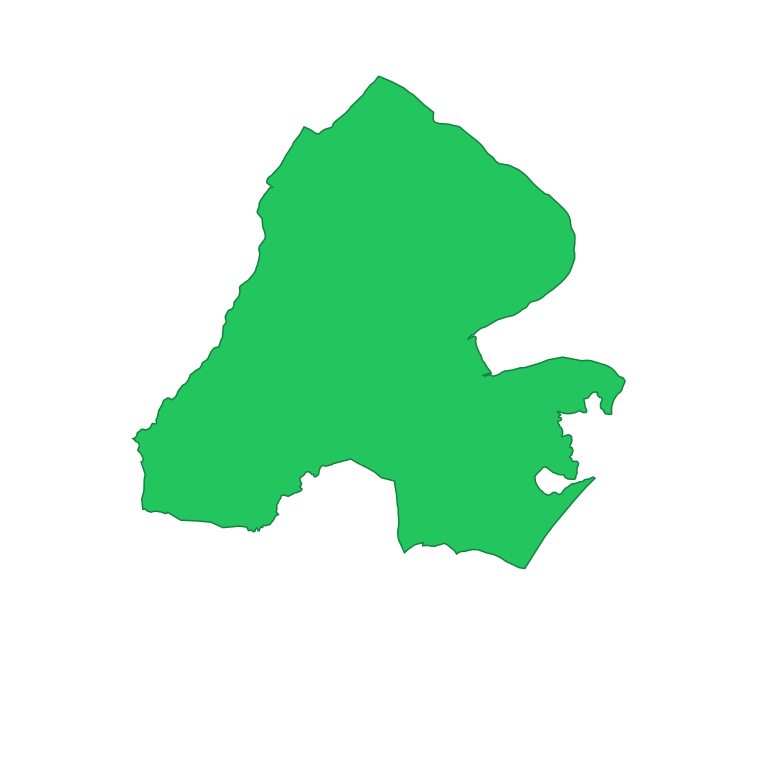 Eratap, Shefa, Vanuatu (Albers equal-area conic projection), rotated 220°
{"feature_id": "77236927B93199120734028", "entity_name": "Eratap", "entity_type": "district", "adm_level": 2, "iso_a3": "VUT", "parent_name": "Vanuatu", "parent_adm1": "Shefa", "projection": "albers", "projection_center": [168.385, -17.773], "detail": "fine", "context": "isolated", "style": "filled", "palette": "green", "viewbox_px": 768, "rotation_deg": 220, "n_neighbors": 0, "source": "geoboundaries", "source_scale": "gbopen_adm2", "svg_char_len": 6159}
<svg xmlns="http://www.w3.org/2000/svg" viewBox="0 0 768 768"><g transform="rotate(220 384 384)"><path d="M259.8,267.9L259.3,272.3L257.1,280.7L252.2,287.5L250.4,284.9L247.2,288.1L243.1,290.5L240.4,292.8L238.8,295.9L237.4,297.4L235.5,300.7L232.0,301.5L222.4,301.6L219.1,300.4L218.3,303.5L217.0,305.4L214.5,307.9L210.1,313.8L205.6,317.4L196.7,320.7L189.8,324.1L183.0,325.9L176.2,326.6L162.3,330.2L157.5,333.2L162.6,370.2L163.4,384.7L163.4,418.0L163.0,434.4L161.8,447.4L164.0,447.2L165.6,443.6L168.8,439.5L169.3,436.8L171.4,434.7L172.5,432.2L176.0,428.0L177.0,423.3L178.0,420.7L178.0,417.1L177.6,414.3L178.7,412.1L180.1,411.4L182.7,411.3L184.0,410.4L185.0,409.3L185.4,406.3L187.1,404.0L191.6,403.2L194.1,403.5L196.1,403.2L201.8,404.8L205.3,406.6L208.9,410.0L209.2,414.2L208.6,418.2L208.6,422.3L207.7,423.8L205.9,424.6L197.1,425.0L196.1,425.7L192.5,426.7L190.8,427.7L188.0,429.9L185.3,428.9L182.0,429.5L177.1,433.2L176.6,434.0L176.7,435.1L178.0,437.0L178.8,439.8L181.7,442.8L182.7,445.9L184.0,448.2L185.4,448.7L186.7,448.7L189.7,446.0L190.8,446.1L191.8,447.1L192.9,447.4L194.9,447.3L195.1,447.7L194.6,450.1L196.2,454.1L197.6,455.4L199.2,456.0L200.0,455.9L200.5,455.0L201.1,455.0L202.4,457.2L202.4,459.3L203.3,460.3L203.7,461.6L205.2,462.7L206.1,464.0L207.0,464.4L209.9,464.0L213.7,458.3L214.5,458.2L215.2,460.8L217.5,463.2L219.7,464.3L221.9,464.4L223.7,465.6L225.3,465.9L226.7,466.7L226.2,468.1L225.1,469.7L225.4,471.1L226.1,471.7L227.2,471.7L228.2,471.0L229.2,470.8L229.4,472.1L228.8,473.5L229.0,474.1L232.7,473.9L233.3,474.1L232.9,475.2L229.2,476.3L225.4,478.3L222.0,481.3L218.9,485.4L217.5,488.7L215.9,489.5L213.3,490.0L211.0,491.9L211.0,493.1L211.5,493.9L216.2,496.4L217.8,498.2L221.3,500.8L218.8,504.5L218.9,510.6L218.2,512.4L216.6,514.0L214.6,514.6L214.0,513.0L212.1,512.4L210.3,512.3L208.9,513.1L207.5,513.0L206.7,511.7L205.6,508.2L203.2,505.4L202.0,504.8L198.9,505.1L197.3,503.8L195.2,503.5L191.6,505.7L190.5,506.9L190.6,507.8L192.9,510.2L195.4,513.6L197.9,519.9L198.6,526.0L197.8,529.8L197.9,531.9L199.3,535.3L200.7,540.3L201.6,541.5L205.3,542.4L208.0,541.0L209.5,540.9L215.9,542.2L220.6,542.3L225.6,541.2L240.2,535.0L243.8,532.6L247.5,528.9L263.6,519.9L264.7,519.1L273.9,507.8L277.9,500.3L286.2,487.8L288.1,485.5L289.6,484.6L294.6,477.2L299.9,471.4L301.3,468.5L302.1,465.4L304.9,460.7L305.6,460.0L308.8,459.5L311.5,455.1L313.5,454.5L310.2,459.8L309.2,460.7L309.0,461.4L309.5,461.7L315.7,463.1L321.3,465.1L323.4,465.1L327.4,467.8L332.9,470.1L338.0,472.8L341.4,475.8L342.8,478.3L343.7,478.9L345.0,479.0L346.0,478.3L348.4,472.8L348.7,474.1L348.5,477.0L347.1,480.0L346.5,485.2L345.4,489.3L343.0,493.1L338.3,506.1L333.0,514.6L329.7,518.6L328.0,522.0L326.4,527.1L326.0,530.0L324.3,533.7L324.6,540.6L319.9,547.5L318.4,551.9L317.3,558.2L315.3,565.7L313.6,575.6L313.2,581.9L313.5,588.1L315.1,593.8L318.5,602.5L321.7,606.4L324.9,609.0L327.4,613.2L332.1,619.2L334.1,621.2L341.3,624.2L346.8,629.3L349.4,631.0L353.3,632.7L359.0,633.7L379.5,634.9L381.9,633.4L382.9,633.2L391.9,633.1L399.5,633.6L407.9,634.9L412.3,635.0L418.3,634.7L428.9,631.9L437.4,626.9L439.2,626.6L441.2,626.5L445.8,627.5L452.8,627.3L462.6,629.6L468.3,630.0L483.2,629.5L491.1,629.6L493.5,628.7L496.9,626.7L500.8,625.0L509.5,618.8L513.5,617.1L515.4,617.7L517.1,619.1L520.7,624.0L533.0,623.6L546.6,624.4L553.0,623.6L559.3,623.5L572.1,620.6L584.7,616.8L586.1,615.9L585.6,609.4L586.7,604.4L586.5,596.2L585.8,592.5L587.6,574.5L587.2,573.3L587.6,566.5L590.2,553.1L590.2,551.0L589.2,548.6L589.2,546.9L593.0,541.1L594.1,537.7L594.7,533.5L597.4,532.1L603.6,531.5L610.5,529.6L608.8,521.1L608.5,510.4L607.5,508.1L606.2,497.0L603.7,484.2L604.3,471.6L605.1,468.4L605.2,466.4L603.2,462.8L595.9,463.0L597.7,460.6L597.2,454.4L597.5,451.7L596.9,450.9L596.8,447.1L596.2,443.5L595.3,441.5L593.7,439.4L592.0,434.6L591.0,433.7L583.7,432.3L577.6,426.2L573.1,423.7L570.2,421.3L569.1,419.8L568.4,417.2L568.1,410.5L567.7,408.8L566.8,407.2L565.3,405.7L564.0,405.1L562.1,402.8L557.5,394.2L557.3,392.7L555.2,388.0L554.7,384.4L554.7,376.7L557.1,366.8L556.6,364.9L554.1,362.6L551.9,359.0L551.5,356.9L551.4,350.1L550.0,348.6L548.8,346.1L548.8,343.2L550.1,341.4L550.4,340.1L549.6,335.4L548.9,333.6L547.5,332.2L545.6,331.0L544.4,329.7L544.3,325.0L537.7,315.8L537.1,312.8L535.3,308.6L534.5,305.4L535.8,304.8L537.3,302.1L537.3,297.7L535.3,290.5L535.4,288.2L536.6,284.0L536.5,282.3L535.6,280.5L535.2,277.8L537.1,272.5L537.3,270.3L538.3,266.8L536.4,261.0L536.2,256.9L537.5,253.1L537.1,246.5L535.4,240.3L536.5,235.3L539.1,235.2L540.7,234.3L542.2,230.2L541.8,228.1L540.7,225.8L539.6,219.3L536.6,213.5L535.4,209.7L533.5,208.4L533.1,207.4L533.6,206.4L536.0,204.9L536.0,203.9L535.1,201.1L535.1,199.7L535.6,197.9L537.0,195.6L539.6,194.5L540.8,193.1L540.9,190.3L541.6,188.7L541.5,187.7L540.3,185.9L540.0,182.9L541.2,180.8L539.2,180.9L537.7,180.4L535.4,181.0L533.4,180.9L531.6,179.4L530.2,175.3L529.4,174.6L526.5,174.7L520.7,172.4L519.5,170.4L519.4,168.8L520.0,168.2L508.8,161.3L506.3,156.7L499.4,148.1L495.7,140.3L488.3,133.0L486.3,134.9L483.9,134.5L479.9,136.1L478.9,138.0L477.1,139.8L472.6,142.6L468.1,144.3L467.3,145.3L467.3,146.7L452.2,149.0L438.2,159.7L427.5,167.0L415.1,170.4L403.8,181.8L397.7,185.9L396.0,185.7L394.4,184.8L393.3,184.7L392.0,186.8L389.4,186.7L388.5,187.6L388.3,188.7L388.3,189.1L388.9,189.4L389.2,191.5L389.0,191.9L388.2,191.9L386.3,190.7L385.2,191.1L386.3,193.8L386.3,195.0L384.8,196.1L385.4,196.9L385.3,198.2L383.4,199.7L381.1,202.9L381.3,209.1L382.3,213.5L381.1,215.3L381.0,216.2L384.1,216.6L386.4,220.4L388.5,222.3L388.8,225.6L389.6,227.3L389.7,229.8L390.6,231.9L390.6,232.9L389.6,234.4L385.1,236.4L382.1,243.6L380.8,245.1L379.0,248.8L379.0,250.0L379.5,250.9L381.7,250.9L382.7,251.3L382.3,253.3L383.3,254.9L385.7,255.8L388.0,257.9L386.8,262.8L387.1,267.0L384.2,268.7L381.3,268.4L379.6,269.2L378.5,268.5L377.6,268.4L376.6,269.0L376.0,272.6L378.0,276.0L379.2,279.4L378.7,282.2L375.9,283.6L374.5,285.1L373.7,287.0L372.3,288.0L372.1,289.5L370.8,291.6L361.2,305.2L353.4,306.5L343.0,309.0L334.6,310.5L325.8,310.5L313.5,316.5L311.7,314.5L303.6,307.6L295.6,299.5L292.9,297.6L290.5,294.6L284.6,288.6L282.1,285.5L278.8,279.9L274.9,275.9L272.5,274.0L259.8,267.9Z" fill="#22c55e" stroke="#15803d" stroke-width="1.5"/></g></svg>